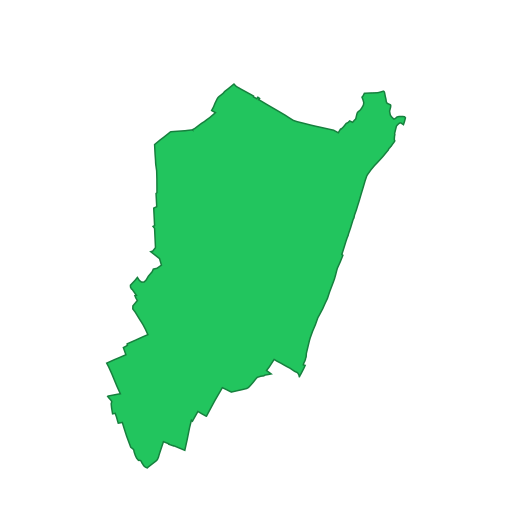 Milisauti, Suceava, Romania, rotated 253°
{"feature_id": "2599482B30134171619265", "entity_name": "Milisauti", "entity_type": "district", "adm_level": 2, "iso_a3": "ROU", "parent_name": "Romania", "parent_adm1": "Suceava", "projection": "albers", "projection_center": [26.004, 47.784], "detail": "fine", "context": "isolated", "style": "filled", "palette": "green", "viewbox_px": 512, "rotation_deg": 253, "n_neighbors": 0, "source": "geoboundaries", "source_scale": "gbopen_adm2", "svg_char_len": 4667}
<svg xmlns="http://www.w3.org/2000/svg" viewBox="0 0 512 512"><g transform="rotate(253 256 256)"><path d="M361.2,428.8L361.7,428.3L363.1,426.7L363.8,426.0L365.1,425.8L365.4,425.7L367.9,426.1L370.8,426.3L372.8,426.5L374.7,426.7L375.6,426.6L376.3,426.2L376.4,425.4L376.4,424.3L376.4,422.8L376.5,420.6L376.7,419.5L377.4,416.8L378.6,412.5L379.9,407.2L377.8,405.2L376.9,403.8L374.1,404.0L371.1,403.9L368.9,402.8L366.7,400.5L365.0,398.3L364.5,396.9L363.7,395.1L362.3,394.0L358.0,391.5L357.0,389.7L355.6,387.4L357.8,385.1L356.7,383.0L356.5,381.5L356.4,381.0L353.9,377.4L352.4,374.4L352.7,374.0L349.8,370.7L353.6,367.0L360.3,355.2L362.3,351.6L365.2,346.6L369.4,339.7L372.5,334.5L374.8,331.3L378.6,328.0L382.2,325.0L388.2,319.5L397.9,310.5L402.9,306.0L404.4,304.6L404.6,304.3L405.6,305.5L407.3,304.2L406.2,302.7L408.9,300.1L409.7,300.4L409.9,300.2L411.4,298.8L420.8,289.6L421.2,289.3L422.0,288.5L422.9,287.6L424.4,286.4L426.9,285.2L424.1,278.4L422.5,274.1L421.2,272.2L420.2,269.7L419.4,267.5L418.7,266.1L417.7,264.9L414.2,261.6L411.0,259.0L408.1,256.1L405.2,258.9L405.0,259.1L404.1,257.3L402.9,254.5L401.9,252.3L401.4,250.8L400.6,248.4L400.4,247.9L399.6,245.8L398.8,242.7L396.7,237.0L395.8,234.6L395.5,232.7L395.3,232.2L394.9,232.2L395.2,231.9L395.4,231.3L395.6,229.9L396.2,226.8L396.4,225.4L398.9,214.6L399.7,211.0L399.7,210.5L397.2,204.2L396.5,202.4L395.0,198.2L392.2,191.6L389.0,190.8L383.0,189.3L379.5,188.5L376.5,187.8L375.4,187.5L373.8,187.1L373.2,187.0L372.7,186.9L372.4,186.8L372.2,186.8L366.5,185.9L358.5,183.7L345.5,179.8L345.0,178.7L332.2,175.5L331.7,172.2L314.7,167.9L314.4,166.2L312.1,167.1L294.1,162.5L293.2,162.1L292.5,161.0L290.9,158.7L290.9,156.6L281.7,163.0L274.9,162.9L273.2,157.7L273.5,154.0L271.4,152.2L268.1,147.1L265.2,144.0L263.8,141.3L264.5,138.9L266.8,137.3L270.2,136.3L268.2,133.4L265.7,129.0L264.8,127.4L263.0,126.9L261.0,127.2L260.1,127.9L253.3,130.1L253.5,128.6L251.2,128.8L248.0,129.5L247.8,129.0L244.3,123.7L241.4,122.7L237.6,124.1L230.6,125.9L223.7,127.8L218.0,128.9L212.4,129.6L211.8,124.2L210.4,113.3L209.7,107.1L209.4,107.0L208.2,106.9L207.6,104.7L207.2,102.4L199.6,102.7L198.7,94.8L198.3,90.6L197.2,81.9L193.0,82.7L185.1,83.7L172.4,84.9L163.9,86.0L164.3,83.1L165.3,73.6L165.1,73.1L163.5,73.7L160.5,75.1L159.1,75.5L158.4,75.2L157.0,74.3L153.0,73.5L147.0,72.7L146.7,75.4L146.1,75.4L145.5,75.4L142.9,75.5L138.4,75.4L136.4,75.4L135.9,79.5L134.6,79.5L133.6,79.5L131.7,79.5L128.8,79.5L121.5,79.6L109.8,80.3L109.3,80.6L107.5,81.9L106.3,82.4L104.4,82.2L102.8,82.2L100.4,82.3L97.7,82.7L96.2,83.3L94.9,83.9L94.7,84.5L94.5,85.3L94.0,85.8L93.2,86.2L91.5,86.4L90.3,86.8L88.7,87.2L87.7,87.6L86.6,88.4L85.8,89.2L85.1,90.1L85.7,91.2L88.5,98.6L89.2,100.5L90.1,102.1L92.0,103.8L94.8,105.6L98.6,108.3L105.5,113.2L101.9,117.7L101.5,117.5L98.4,121.7L98.6,121.9L91.0,131.1L101.1,136.8L111.5,142.4L117.8,146.2L117.1,146.6L116.6,146.9L120.8,151.3L124.3,155.0L120.8,158.2L117.3,161.6L117.3,161.8L118.8,163.3L121.1,165.6L129.8,174.4L132.5,177.3L139.9,185.3L138.6,186.8L133.1,192.6L132.2,205.2L132.0,208.3L132.4,210.2L132.8,211.0L134.2,213.4L136.2,216.6L138.7,220.2L139.6,221.8L139.6,225.6L139.1,228.3L139.5,230.0L139.1,232.9L138.8,236.0L143.4,232.6L146.0,236.2L151.8,243.1L149.4,245.2L146.1,248.6L143.8,250.7L141.1,253.3L138.9,255.6L135.4,258.4L134.3,259.3L133.4,260.3L132.8,261.1L131.7,261.8L130.5,262.1L130.0,262.1L129.1,262.3L128.4,262.2L127.4,261.9L128.5,262.8L129.1,263.4L130.3,264.7L134.5,268.8L137.0,271.0L137.2,270.6L138.1,269.4L139.9,270.6L141.3,272.0L142.8,273.1L143.8,273.6L144.8,274.4L146.3,275.0L148.2,275.7L152.6,278.3L159.4,282.3L162.0,284.0L164.4,285.8L167.6,288.2L172.8,292.6L178.9,297.1L181.2,299.5L186.1,304.4L190.5,308.2L194.5,311.9L200.2,315.9L208.3,322.2L211.1,324.3L214.5,326.5L218.8,329.1L220.6,330.3L225.7,334.8L231.3,339.3L232.4,338.5L234.5,340.0L239.0,343.1L243.3,346.0L246.8,348.5L248.8,350.2L249.8,350.7L255.2,354.6L260.4,358.1L262.6,359.6L263.8,360.8L266.4,362.2L270.8,365.5L273.8,367.5L278.0,370.4L284.7,374.8L290.5,378.7L296.0,382.3L300.3,385.4L301.6,386.9L304.8,391.1L307.8,395.7L309.7,399.1L314.0,406.4L317.2,411.2L318.5,413.2L318.8,413.6L319.5,414.2L319.9,414.5L320.5,415.8L321.2,416.7L321.5,417.4L322.1,418.1L323.0,419.2L324.2,420.9L324.7,421.5L325.5,422.4L326.3,422.3L327.0,422.3L328.6,422.9L330.3,423.6L331.3,424.2L331.8,424.3L332.7,424.4L338.9,428.1L339.5,428.7L340.3,430.1L341.0,431.7L341.1,432.3L341.1,432.9L341.0,433.2L340.7,433.6L338.5,435.4L341.0,437.2L344.4,439.3L345.7,438.8L346.4,437.4L347.6,433.5L347.7,431.4L347.0,430.0L346.6,428.5L346.7,427.8L347.8,427.2L349.0,426.5L351.2,425.7L353.3,425.8L355.5,426.1L356.8,426.9L358.9,428.2L360.3,428.8L361.2,428.8Z" fill="#22c55e" stroke="#15803d" stroke-width="1.5"/></g></svg>